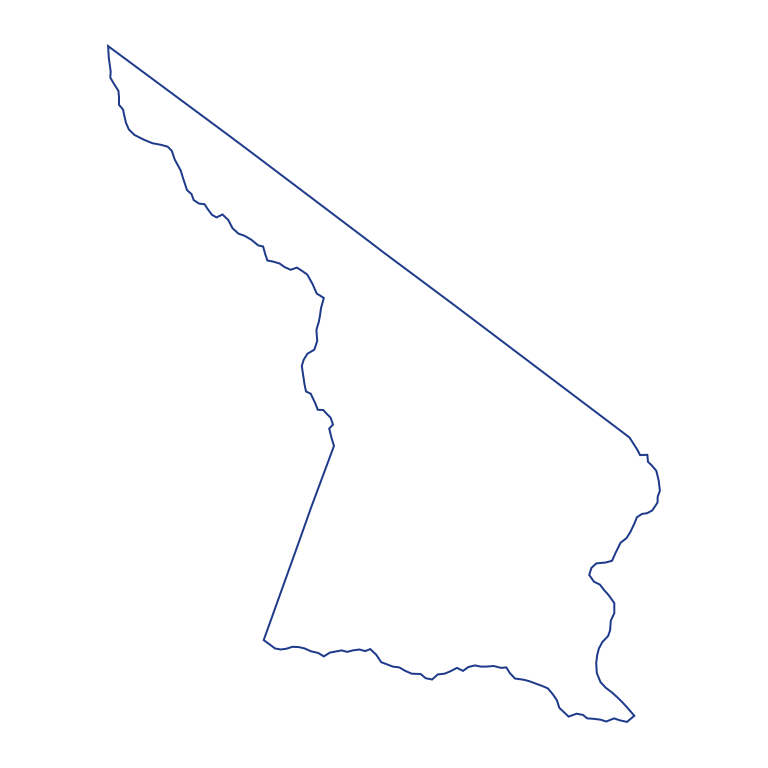 the district of Pedro Canário, Espírito Santo, Brazil
{"feature_id": "56859067B6287915122332", "entity_name": "Pedro Canário", "entity_type": "district", "adm_level": 2, "iso_a3": "BRA", "parent_name": "Brazil", "parent_adm1": "Espírito Santo", "projection": "natural_earth1", "projection_center": [-40.048, -18.149], "detail": "fine", "context": "isolated", "style": "outline", "palette": "blue", "viewbox_px": 768, "rotation_deg": 0, "n_neighbors": 0, "source": "geoboundaries", "source_scale": "gbopen_adm2", "svg_char_len": 2387}
<svg xmlns="http://www.w3.org/2000/svg" viewBox="0 0 768 768"><path d="M108.1,46.1L108.8,57.9L110.7,71.6L110.3,77.7L114.3,84.4L118.4,90.8L119.0,97.3L119.0,104.8L123.0,109.5L124.4,116.1L126.0,123.0L128.9,129.5L134.4,134.9L143.9,139.7L152.3,143.2L160.9,144.8L167.7,146.7L171.8,150.9L174.7,159.5L180.7,170.5L182.9,177.7L187.0,190.1L191.5,194.1L193.7,200.1L199.1,203.6L204.5,204.2L207.5,208.8L211.9,214.8L216.5,217.4L222.5,214.5L228.2,219.9L232.5,228.2L238.4,233.6L244.6,235.8L251.4,239.8L258.2,245.4L263.1,246.5L265.3,254.4L267.4,260.5L272.8,261.5L279.6,263.5L284.4,267.0L290.6,269.8L296.9,267.6L301.3,270.4L307.2,274.5L312.6,284.1L316.7,293.5L323.8,298.0L321.0,308.2L320.0,315.5L318.8,321.9L316.4,329.8L317.2,341.0L314.3,349.7L307.4,353.7L303.7,359.8L301.8,365.9L303.2,375.5L304.5,384.2L306.0,391.5L310.7,393.7L315.0,402.7L317.8,409.8L323.2,410.0L326.8,413.9L330.6,417.7L333.0,424.5L329.2,428.6L331.6,438.2L334.0,445.9L311.0,507.8L300.2,538.3L263.7,640.1L268.5,643.6L275.1,648.5L280.8,649.5L286.5,648.7L292.4,646.8L298.9,647.1L304.8,648.5L311.0,651.3L318.1,652.9L323.8,656.4L329.9,652.6L335.2,651.6L341.6,650.4L347.3,651.9L352.7,650.4L359.5,649.5L365.2,651.1L370.3,649.1L376.3,654.8L381.2,662.2L387.1,664.4L392.8,666.6L399.3,667.4L405.3,670.9L411.8,673.7L420.7,674.0L425.6,678.2L432.1,679.5L437.8,674.4L444.5,673.7L449.9,671.5L457.0,667.9L463.0,670.9L468.4,667.0L474.9,665.4L480.8,666.6L486.0,666.6L493.6,666.0L501.2,667.9L506.3,667.4L509.8,673.0L514.9,678.5L523.5,679.7L528.7,681.0L534.9,683.3L541.3,685.6L547.9,688.4L552.9,694.4L556.9,700.3L559.3,707.8L568.6,716.6L576.6,713.7L582.9,714.9L587.3,718.4L593.7,718.8L600.6,719.7L606.2,721.5L614.1,718.4L620.1,720.4L627.0,721.9L634.3,715.8L628.2,708.6L622.0,701.9L617.0,697.0L611.6,692.2L605.7,687.7L600.5,682.1L596.8,673.0L596.2,662.9L597.3,654.6L598.9,648.5L602.4,642.0L608.1,636.0L610.1,630.3L610.8,620.7L614.3,613.2L614.3,603.1L608.7,595.2L603.8,589.7L599.9,584.6L594.0,581.7L589.2,575.0L591.4,567.9L596.3,563.4L605.7,562.5L612.0,560.8L615.5,553.0L620.6,542.7L626.5,538.1L630.1,532.5L634.1,524.2L636.9,517.3L642.0,513.9L647.1,513.2L652.3,510.4L657.5,502.6L657.7,496.7L659.9,490.6L658.7,480.6L656.3,470.8L652.0,465.7L648.0,461.8L647.3,454.8L640.1,455.1L637.3,449.7L629.5,437.5L623.3,432.8L580.4,400.4L453.7,304.7L382.3,251.5L369.0,241.3L241.3,144.8L236.5,141.3L231.1,137.2L108.1,46.1Z" fill="none" stroke="#1e3a8a" stroke-width="2"/></svg>